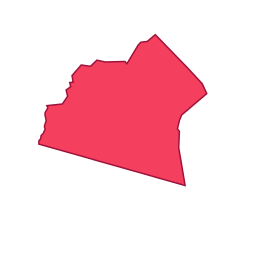 Edgefield, South Carolina, United States of America (Equal Earth projection), rotated 62°
{"feature_id": "52423323B30535713106767", "entity_name": "Edgefield", "entity_type": "district", "adm_level": 2, "iso_a3": "USA", "parent_name": "United States of America", "parent_adm1": "South Carolina", "projection": "equal_earth", "projection_center": [-82.027, 33.754], "detail": "fine", "context": "isolated", "style": "filled", "palette": "rose", "viewbox_px": 256, "rotation_deg": 62, "n_neighbors": 0, "source": "geoboundaries", "source_scale": "gbopen_adm2", "svg_char_len": 797}
<svg xmlns="http://www.w3.org/2000/svg" viewBox="0 0 256 256"><g transform="rotate(62 128 128)"><path d="M101.4,47.6L90.2,50.9L58.4,60.1L60.6,70.4L58.3,76.4L59.5,80.0L70.7,98.7L67.8,99.5L59.1,117.0L53.5,123.6L55.9,132.2L50.4,139.7L55.4,152.8L61.8,155.0L60.5,158.1L64.6,159.2L65.4,164.8L71.6,166.4L76.0,174.7L70.7,187.8L70.2,189.2L71.9,189.2L72.8,189.6L75.0,193.2L75.7,194.1L76.4,194.6L78.3,195.4L82.5,196.6L83.7,197.4L87.0,200.8L87.6,201.2L87.8,201.3L89.6,201.5L90.3,201.9L93.0,205.5L93.7,207.6L94.2,208.7L95.6,209.3L97.0,210.9L97.0,212.0L98.1,213.1L100.4,214.3L121.3,192.4L123.3,190.3L144.7,168.1L168.6,143.1L187.0,124.0L205.6,104.6L185.3,97.8L169.2,92.5L155.1,84.2L152.0,84.8L145.4,79.0L141.7,74.6L134.6,42.3L123.7,41.7L101.4,47.6Z" fill="#f43f5e" stroke="#9f1239" stroke-width="1.5"/></g></svg>